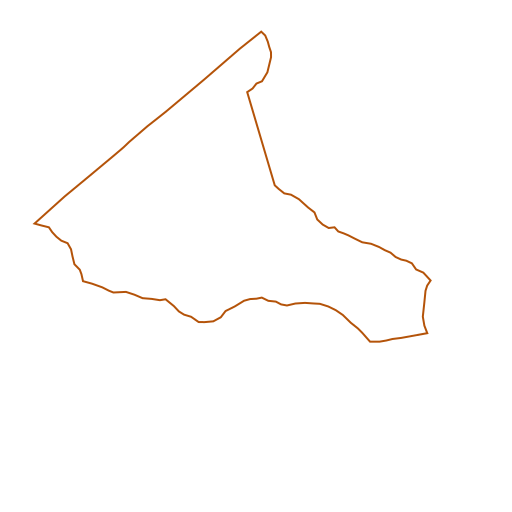 Floraí, Paraná, Brazil (Albers equal-area conic projection), rotated 50°
{"feature_id": "56859067B79639289335634", "entity_name": "Floraí", "entity_type": "district", "adm_level": 2, "iso_a3": "BRA", "parent_name": "Brazil", "parent_adm1": "Paraná", "projection": "albers", "projection_center": [-52.327, -23.332], "detail": "fine", "context": "isolated", "style": "outline", "palette": "amber", "viewbox_px": 512, "rotation_deg": 50, "n_neighbors": 0, "source": "geoboundaries", "source_scale": "gbopen_adm2", "svg_char_len": 1494}
<svg xmlns="http://www.w3.org/2000/svg" viewBox="0 0 512 512"><g transform="rotate(50 256 256)"><path d="M387.0,138.0L376.3,138.5L369.2,142.0L361.8,141.3L356.2,143.9L352.0,147.1L346.5,149.7L339.9,150.8L334.3,153.6L328.3,155.9L320.6,160.0L313.8,165.8L305.9,169.3L299.5,172.0L295.0,174.3L290.1,177.2L284.5,177.4L281.3,182.3L274.8,184.7L267.4,185.6L260.2,183.2L252.4,184.9L246.0,185.8L240.1,186.6L231.5,189.8L226.2,194.1L219.2,195.5L213.9,196.2L124.8,157.4L125.5,151.0L124.2,144.8L126.0,139.1L122.6,129.2L113.4,116.7L109.5,113.5L104.4,111.5L99.4,109.2L93.0,107.2L87.5,107.8L86.8,135.1L87.5,182.9L87.5,231.5L87.3,239.8L86.8,255.6L87.1,279.7L87.6,287.5L87.7,298.3L87.6,333.9L87.4,364.3L88.8,404.8L94.6,400.8L100.9,396.2L106.7,396.8L113.0,396.5L119.1,395.3L125.1,392.1L132.0,393.4L138.3,396.8L145.6,400.4L153.2,399.8L157.7,401.4L164.1,404.7L171.8,399.4L181.2,393.9L188.0,391.0L192.3,388.7L199.9,378.7L207.5,374.0L215.4,370.0L221.8,363.5L228.1,358.0L231.0,353.1L241.6,351.1L248.9,350.7L254.7,348.8L260.8,344.8L269.7,342.4L273.6,337.9L278.6,330.7L280.3,322.3L278.6,314.7L281.0,304.7L282.6,293.9L285.2,288.2L289.0,283.1L291.6,278.3L298.2,275.4L303.7,270.1L309.2,267.9L313.8,264.1L317.7,256.4L323.4,248.6L329.0,242.8L333.7,237.8L341.1,233.1L348.8,229.7L357.0,227.4L368.1,226.3L377.0,224.5L383.0,224.0L394.9,223.7L401.0,216.5L404.5,210.5L407.3,204.8L412.1,197.4L425.2,174.4L417.6,171.8L409.7,167.2L399.8,156.9L391.6,148.5L388.7,143.9L387.0,138.0Z" fill="none" stroke="#b45309" stroke-width="2"/></g></svg>